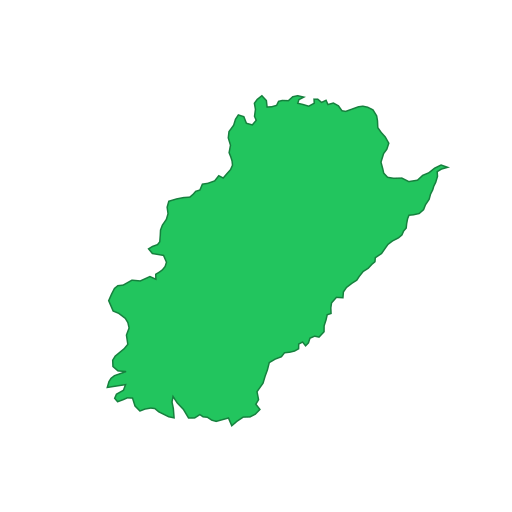 Riversul, São Paulo, Brazil (orthographic projection), rotated 317°
{"feature_id": "56859067B40237510471645", "entity_name": "Riversul", "entity_type": "district", "adm_level": 2, "iso_a3": "BRA", "parent_name": "Brazil", "parent_adm1": "São Paulo", "projection": "orthographic", "projection_center": [-49.443, -23.844], "detail": "fine", "context": "isolated", "style": "filled", "palette": "green", "viewbox_px": 512, "rotation_deg": 317, "n_neighbors": 0, "source": "geoboundaries", "source_scale": "gbopen_adm2", "svg_char_len": 2826}
<svg xmlns="http://www.w3.org/2000/svg" viewBox="0 0 512 512"><g transform="rotate(317 256 256)"><path d="M399.3,172.4L395.8,167.2L391.5,164.6L385.6,164.5L381.3,160.2L378.0,158.3L373.8,159.9L369.3,157.6L365.7,154.6L369.6,149.4L369.6,142.8L363.7,142.3L359.0,143.2L355.6,148.4L350.2,152.8L348.7,156.9L342.7,157.6L339.5,152.4L342.1,145.8L339.3,140.8L334.3,142.0L328.9,145.1L321.1,146.6L316.3,150.7L312.9,157.6L306.8,162.1L305.2,166.2L303.3,170.2L300.7,173.6L296.2,175.5L290.7,176.0L285.2,176.6L283.5,171.9L277.0,172.9L270.3,170.0L265.8,166.9L260.0,169.5L256.0,167.6L252.3,168.0L247.7,167.8L242.9,163.9L237.0,160.2L229.6,156.5L224.3,159.7L220.5,165.1L215.4,168.1L208.6,169.6L203.9,171.9L200.2,175.5L195.3,180.0L191.7,180.5L186.8,178.4L182.3,177.5L181.9,183.5L188.8,192.5L186.3,199.5L182.4,201.7L178.2,202.3L174.5,201.9L170.2,201.0L166.9,204.7L164.4,198.7L154.3,195.3L148.8,189.1L139.0,186.7L134.7,183.5L130.4,183.2L124.3,185.4L117.8,188.2L114.0,198.8L116.5,204.3L117.9,212.5L116.9,217.3L114.1,222.1L107.3,225.5L102.0,233.2L96.3,233.9L84.8,233.2L80.1,234.5L76.0,239.3L76.7,245.9L82.2,251.9L70.9,247.0L66.6,246.6L62.8,247.6L57.6,250.7L72.9,261.1L67.5,263.8L59.7,261.9L55.6,263.7L55.4,268.2L60.9,270.5L65.2,272.0L68.8,275.7L65.2,283.2L65.4,290.2L70.4,292.2L75.3,295.4L78.0,298.6L78.6,303.6L82.5,314.0L85.7,318.5L91.5,311.2L95.0,305.5L99.5,302.2L98.2,309.7L98.3,318.7L97.2,323.8L96.2,328.5L100.7,332.6L106.8,333.7L107.6,337.5L110.5,340.8L111.7,345.9L114.1,349.8L125.4,355.7L122.5,363.6L129.5,363.9L136.8,365.1L141.9,369.6L147.6,371.2L154.2,370.9L154.8,364.3L159.9,362.8L164.2,355.9L174.4,353.8L180.7,350.1L186.6,347.1L193.0,343.0L199.8,344.5L205.9,347.0L210.8,346.2L215.3,349.5L219.4,351.8L223.9,352.9L227.2,349.5L231.4,350.7L231.0,355.5L235.1,355.3L239.4,352.9L244.2,354.6L246.8,358.3L254.1,357.8L258.2,353.5L263.6,350.5L268.0,347.5L271.7,349.2L275.4,344.9L279.3,341.8L286.6,341.1L291.1,345.8L295.4,341.9L300.7,340.7L307.9,341.4L313.2,342.4L317.7,341.3L323.8,340.4L329.7,341.5L335.1,341.1L339.1,341.3L342.1,338.6L349.5,339.8L356.0,338.4L360.4,337.5L366.3,338.1L372.6,339.9L377.1,340.1L381.0,338.4L384.9,338.0L388.2,335.1L392.3,332.1L395.7,330.5L399.2,333.2L404.3,336.2L410.1,336.4L414.9,334.1L421.3,332.6L425.8,329.8L430.4,328.1L433.6,326.2L437.6,324.7L443.1,321.5L446.0,317.9L450.9,318.9L456.6,321.8L453.4,315.7L446.6,313.6L439.1,313.0L432.9,310.7L425.8,310.7L418.5,305.8L415.8,298.5L409.6,293.0L405.9,288.2L405.9,282.5L408.2,278.6L411.4,272.6L419.2,268.1L424.5,267.1L430.0,264.1L431.7,257.1L431.8,251.0L432.6,245.2L437.1,239.9L439.8,235.8L441.2,228.9L439.1,223.3L436.3,219.3L432.6,216.7L420.2,211.4L417.9,208.4L418.7,202.4L416.9,196.9L411.9,194.3L413.4,189.9L408.7,188.4L408.1,183.5L405.4,180.9L402.8,184.0L396.7,182.4L393.6,177.1L390.7,172.8L394.0,170.9L399.3,172.4Z" fill="#22c55e" stroke="#15803d" stroke-width="1.5"/></g></svg>